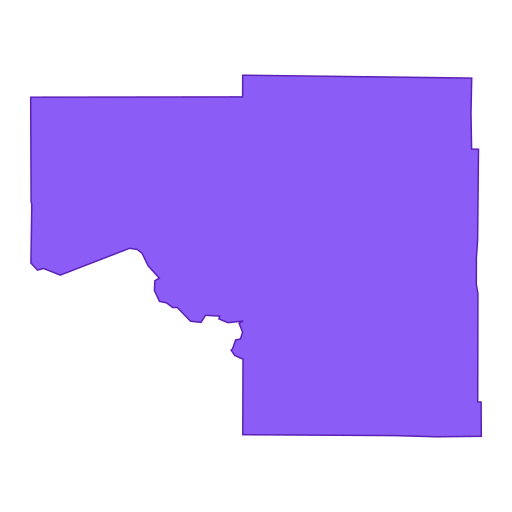 Itasca, Minnesota, United States of America (Robinson projection)
{"feature_id": "52423323B57415420837442", "entity_name": "Itasca", "entity_type": "district", "adm_level": 2, "iso_a3": "USA", "parent_name": "United States of America", "parent_adm1": "Minnesota", "projection": "robinson", "projection_center": [-93.745, 47.462], "detail": "fine", "context": "isolated", "style": "filled", "palette": "violet", "viewbox_px": 512, "rotation_deg": 0, "n_neighbors": 0, "source": "geoboundaries", "source_scale": "gbopen_adm2", "svg_char_len": 720}
<svg xmlns="http://www.w3.org/2000/svg" viewBox="0 0 512 512"><path d="M471.7,78.1L242.7,75.2L242.6,96.9L30.7,97.2L31.1,201.4L31.8,204.5L30.9,263.1L37.5,270.1L43.6,268.5L60.2,275.1L129.5,248.3L137.1,249.4L142.1,253.3L148.2,265.9L159.3,278.1L154.9,280.7L154.4,290.5L159.5,301.4L166.3,302.8L172.8,307.6L177.2,307.4L190.5,321.2L201.0,322.4L205.5,315.3L219.7,316.1L218.9,318.9L228.0,322.7L243.2,321.0L239.1,323.3L242.6,332.2L240.4,339.0L235.7,339.9L232.4,349.1L231.1,350.1L234.7,355.4L243.0,359.2L242.8,434.7L394.8,435.6L436.4,436.8L481.3,436.3L481.1,402.0L477.7,402.0L477.9,293.5L476.3,284.2L476.4,257.7L477.6,240.3L478.5,149.2L471.6,149.1L471.0,113.5L471.7,78.1Z" fill="#8b5cf6" stroke="#5b21b6" stroke-width="1.5"/></svg>